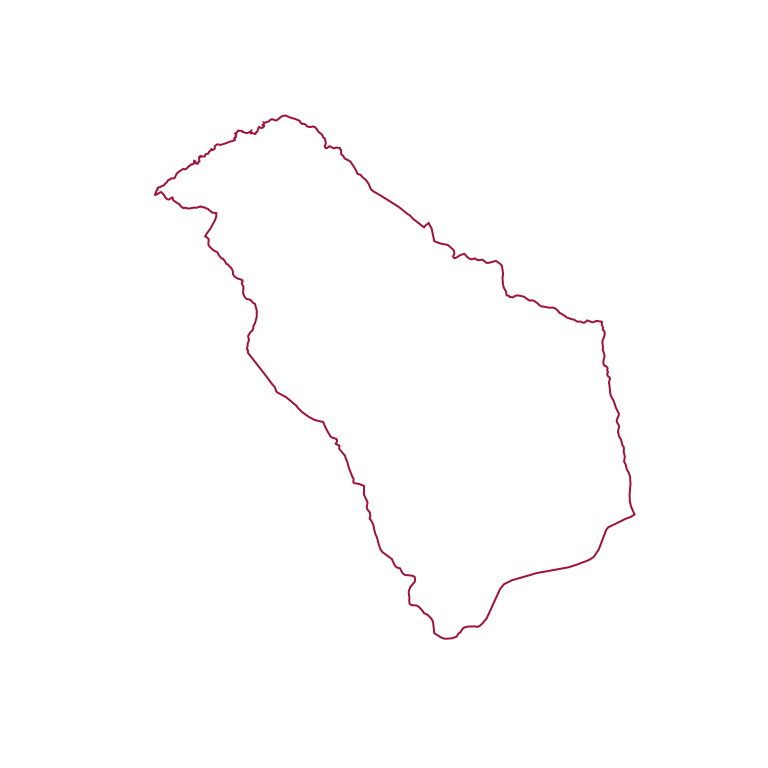 the district of El Molino, La Guajira, Colombia, rotated 20°
{"feature_id": "7082276B93784631738012", "entity_name": "El Molino", "entity_type": "district", "adm_level": 2, "iso_a3": "COL", "parent_name": "Colombia", "parent_adm1": "La Guajira", "projection": "orthographic", "projection_center": [-72.929, 10.627], "detail": "fine", "context": "isolated", "style": "outline", "palette": "rose", "viewbox_px": 768, "rotation_deg": 20, "n_neighbors": 0, "source": "geoboundaries", "source_scale": "gbopen_adm2", "svg_char_len": 6153}
<svg xmlns="http://www.w3.org/2000/svg" viewBox="0 0 768 768"><g transform="rotate(20 384 384)"><path d="M664.0,420.9L658.0,414.6L655.2,410.3L652.4,403.3L649.8,393.6L646.8,386.7L644.1,383.4L641.3,381.2L638.4,376.8L636.2,374.9L635.1,369.9L632.3,365.4L631.4,362.2L630.8,361.3L628.7,359.7L626.4,356.1L625.4,354.9L623.3,353.3L620.8,349.9L620.0,348.0L619.6,344.1L618.8,342.5L616.1,340.3L615.3,339.3L615.0,337.4L615.3,333.6L615.0,331.7L610.0,326.9L605.6,321.3L602.9,319.1L600.3,316.3L596.0,307.5L594.9,305.9L594.4,301.3L593.8,300.7L591.7,300.0L590.4,298.7L590.2,297.8L590.6,296.6L589.0,294.7L588.8,292.8L588.2,292.2L586.6,291.3L584.8,291.4L583.2,289.8L582.2,287.1L581.9,283.2L581.3,281.4L577.9,277.0L577.1,274.3L575.1,270.6L574.5,268.3L574.7,263.2L573.7,260.0L572.7,258.9L571.0,258.1L570.6,256.2L568.2,253.6L567.6,251.2L567.1,251.0L561.9,252.1L559.5,254.4L558.5,254.8L553.3,254.7L551.9,257.1L551.1,257.9L550.2,258.2L547.4,258.1L544.4,259.3L540.4,258.5L538.7,258.9L532.6,259.0L530.4,258.0L529.0,258.0L527.2,257.3L524.7,257.2L522.2,255.5L519.0,254.4L516.2,254.5L513.6,255.7L507.0,256.8L505.7,257.3L502.8,256.7L500.6,255.6L496.3,254.5L494.6,254.7L492.1,255.9L485.5,254.1L479.6,254.9L477.0,256.4L475.4,258.6L473.3,258.8L472.3,259.3L471.2,258.4L468.9,258.7L466.7,255.0L463.7,252.6L461.5,249.3L458.7,242.8L458.8,241.6L458.0,239.3L454.7,233.2L453.8,232.1L452.2,231.4L447.1,230.0L440.6,234.6L438.9,235.1L434.3,233.6L433.4,233.8L430.8,235.2L429.5,235.5L426.5,234.9L423.8,236.9L421.9,237.0L419.2,236.4L415.0,234.2L411.7,236.6L408.9,240.3L407.3,241.7L406.3,241.5L405.2,240.4L405.6,237.7L404.3,235.1L403.5,234.3L397.9,232.0L395.9,231.5L389.4,232.7L382.4,232.6L375.7,221.8L370.9,217.5L368.5,221.3L368.0,223.1L355.3,219.0L350.3,216.6L348.0,216.2L337.5,212.6L316.7,208.1L308.6,206.7L305.2,205.6L301.0,201.1L297.6,198.7L292.4,196.7L290.5,195.4L287.5,195.7L286.8,195.3L286.0,194.2L281.9,190.5L276.2,186.4L269.9,185.5L267.3,183.4L265.5,182.8L264.9,182.2L263.7,178.8L262.2,178.1L261.7,177.3L258.4,178.1L257.6,178.6L257.3,179.1L256.1,179.7L251.4,179.2L249.8,181.7L248.6,182.3L247.1,181.1L247.0,177.6L244.5,173.6L242.5,173.1L241.5,171.8L239.2,170.2L237.0,169.8L235.2,168.9L234.2,167.7L233.0,167.3L231.5,166.2L228.9,166.3L227.1,167.7L224.2,168.3L223.3,168.1L222.5,167.4L220.3,166.9L217.6,167.6L216.9,167.0L215.8,166.7L215.1,165.8L214.4,165.5L208.8,165.3L206.0,165.7L199.6,165.4L197.2,166.8L195.9,168.0L193.1,172.9L191.4,173.5L189.4,173.3L187.8,173.7L186.5,175.2L186.1,176.5L182.9,179.1L181.6,179.3L182.3,180.2L181.5,181.4L181.4,182.1L183.0,182.3L183.1,183.1L182.2,184.8L180.6,185.5L179.6,185.2L178.6,185.4L178.4,187.1L178.6,187.6L178.5,189.1L178.7,190.1L177.9,190.8L177.6,193.0L177.2,193.3L176.1,193.0L174.7,193.2L173.4,194.0L173.0,193.7L172.6,191.6L170.6,194.3L169.0,195.2L164.8,195.5L164.2,194.7L160.4,195.7L159.9,197.4L158.5,199.6L159.8,199.9L159.9,200.3L159.6,201.6L160.4,202.5L159.7,203.2L159.2,204.4L160.3,205.3L160.4,205.8L160.0,206.4L155.6,209.5L153.3,211.7L148.7,215.2L145.6,215.7L144.0,217.5L143.6,218.3L144.3,220.1L144.3,221.2L142.9,222.8L141.6,222.2L141.3,222.4L141.4,223.6L140.2,225.7L140.0,227.6L138.1,228.9L137.7,229.6L137.8,231.5L135.0,232.6L134.0,232.2L133.4,232.7L133.6,233.4L132.8,233.9L133.2,234.5L133.0,235.2L134.4,237.7L133.6,238.9L133.8,239.4L133.7,240.6L132.7,241.1L132.1,241.0L131.7,240.4L131.3,240.6L129.8,239.0L129.3,239.1L129.8,241.5L129.5,242.7L127.5,243.7L127.4,244.8L126.2,245.7L126.0,246.7L124.7,249.3L123.7,250.4L121.9,250.4L118.8,254.4L117.3,257.1L116.8,262.1L116.0,262.7L113.3,263.8L113.1,265.0L111.4,266.3L111.0,268.6L109.9,270.3L109.4,272.4L108.2,273.5L107.6,273.8L106.6,275.2L104.7,276.5L104.1,277.4L104.8,278.4L104.0,280.5L104.3,281.3L104.0,282.3L104.5,283.3L104.0,284.1L104.4,284.6L106.0,283.3L106.9,281.9L108.7,280.0L109.3,279.9L112.7,281.7L115.6,284.1L117.7,284.5L118.5,284.3L119.2,283.8L120.5,281.7L121.5,281.1L122.6,282.9L124.0,283.7L128.8,284.9L130.1,284.9L131.7,286.3L135.1,287.3L135.8,287.2L137.6,286.0L139.1,286.3L141.2,285.6L145.4,283.1L147.4,282.6L150.9,279.9L153.0,280.0L154.6,279.4L156.0,279.7L158.7,279.7L159.8,280.3L161.9,280.8L163.5,281.7L168.0,280.8L169.0,283.6L169.2,287.7L167.6,297.9L165.9,303.4L165.5,306.5L168.1,307.0L169.4,307.7L170.0,308.6L171.0,312.5L171.6,313.3L172.9,314.5L177.9,316.7L182.5,317.2L184.8,319.5L187.7,321.2L188.8,321.6L190.0,321.4L192.6,323.1L194.5,324.9L196.6,325.1L197.8,326.0L199.6,326.6L201.7,328.0L203.4,329.7L204.6,332.5L205.7,333.4L207.7,334.3L210.8,335.0L212.4,334.7L215.4,335.0L216.1,335.8L215.8,336.9L216.0,338.2L218.7,340.8L220.5,346.9L223.4,349.9L225.6,351.1L229.7,350.6L232.5,352.2L235.5,353.0L239.3,358.5L241.4,364.3L242.0,371.1L241.4,374.3L242.2,376.3L241.8,379.1L240.7,381.0L239.9,385.5L242.1,388.9L242.1,392.4L243.0,396.0L243.1,398.0L244.7,398.9L245.2,400.7L245.8,401.4L270.0,416.5L279.4,422.7L281.8,423.9L282.8,424.6L285.2,427.8L286.5,428.4L296.6,429.9L308.8,434.3L311.3,435.9L316.7,438.4L324.5,440.6L330.9,441.5L337.4,440.9L339.8,440.4L342.4,443.4L347.1,447.8L351.8,451.7L353.4,452.1L357.3,451.9L358.7,452.3L359.5,454.0L359.1,456.7L363.3,457.3L363.9,459.9L364.6,460.6L372.1,464.9L373.3,466.8L376.3,469.9L379.3,474.4L385.5,481.5L388.0,483.7L388.6,486.4L389.2,487.1L390.1,487.3L394.1,486.5L399.8,486.5L400.3,487.0L403.0,494.8L409.0,500.8L410.1,506.3L412.3,508.3L414.6,509.5L416.2,512.5L416.6,515.5L418.1,516.3L422.0,519.8L425.4,525.4L427.4,528.1L430.0,530.7L433.8,536.4L437.5,540.8L440.0,542.5L451.2,545.8L456.2,550.8L457.6,551.6L459.0,552.0L462.1,551.7L465.3,554.8L466.7,555.6L469.3,556.3L474.4,554.8L477.0,554.5L478.3,554.6L479.0,555.1L480.1,557.1L480.5,559.3L478.2,565.6L478.1,569.9L478.7,571.9L480.9,576.0L482.0,579.4L483.1,581.5L483.9,582.0L485.4,582.4L490.3,581.0L492.8,581.4L497.8,584.0L500.2,585.7L503.7,585.9L508.3,588.1L509.9,589.2L511.6,591.1L516.5,601.0L524.7,602.7L527.3,602.7L529.6,602.1L534.7,599.8L538.7,596.5L539.3,593.1L540.7,591.1L541.7,586.8L542.6,585.5L545.5,583.4L552.4,580.6L554.5,580.4L556.4,579.0L558.4,575.3L560.6,569.2L563.2,537.0L565.2,531.1L571.3,524.7L592.4,509.3L620.3,493.0L627.2,487.6L636.5,479.6L640.2,474.9L642.4,466.1L642.7,445.0L643.7,442.0L657.5,427.7L660.0,425.8L662.1,423.6L664.0,420.9Z" fill="none" stroke="#9f1239" stroke-width="2"/></g></svg>